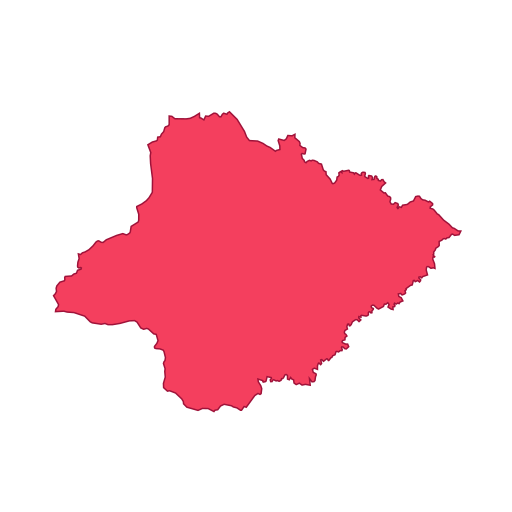 Faratsiho, Vakinankaratra, Madagascar, rotated 172°
{"feature_id": "10022922B80317071360034", "entity_name": "Faratsiho", "entity_type": "district", "adm_level": 2, "iso_a3": "MDG", "parent_name": "Madagascar", "parent_adm1": "Vakinankaratra", "projection": "mercator", "projection_center": [46.848, -19.419], "detail": "fine", "context": "isolated", "style": "filled", "palette": "rose", "viewbox_px": 512, "rotation_deg": 172, "n_neighbors": 0, "source": "geoboundaries", "source_scale": "gbopen_adm2", "svg_char_len": 6104}
<svg xmlns="http://www.w3.org/2000/svg" viewBox="0 0 512 512"><g transform="rotate(172 256 256)"><path d="M322.5,406.7L323.7,398.1L325.2,396.9L327.5,396.5L328.4,395.8L330.1,392.0L332.7,389.8L334.1,387.4L336.8,387.4L337.5,384.6L338.4,383.9L342.8,383.3L347.6,381.2L345.8,373.1L346.8,370.0L347.5,362.2L347.7,347.1L349.8,333.5L353.8,328.6L356.9,326.0L361.8,323.4L367.2,321.6L367.4,320.4L366.3,313.6L367.2,307.6L368.0,306.0L375.5,302.7L377.2,297.2L377.9,296.3L380.4,295.1L381.6,295.0L384.8,296.7L391.0,295.8L402.0,292.9L405.5,290.7L407.4,291.1L409.6,292.9L410.9,292.9L412.5,292.1L415.9,288.8L420.5,285.5L424.7,283.8L427.5,283.3L429.5,281.9L431.6,282.8L431.5,278.1L433.2,274.7L434.1,271.0L434.1,269.8L433.1,268.8L431.2,269.0L430.6,268.5L431.1,267.3L434.7,266.7L436.2,263.9L438.9,263.5L441.4,261.9L447.8,262.3L448.4,261.4L448.6,259.1L449.3,258.1L453.8,257.4L457.4,254.1L458.4,251.9L458.5,248.6L460.0,246.5L462.0,244.9L458.3,235.5L458.9,233.5L461.6,231.1L462.3,228.8L454.0,228.1L450.9,226.8L444.1,225.3L434.0,220.3L429.3,213.9L427.5,212.6L418.8,210.0L414.9,210.2L412.1,208.6L407.8,208.0L399.9,208.2L390.4,209.4L385.2,208.9L383.0,207.1L380.1,200.8L377.5,199.1L374.3,199.5L372.7,198.7L368.1,193.1L365.7,192.3L364.8,185.8L366.4,183.2L368.8,180.9L369.3,180.1L369.1,178.9L367.8,178.2L364.1,177.4L361.0,175.7L360.4,174.2L359.8,168.0L360.7,165.1L361.8,164.1L362.6,162.5L361.7,157.0L362.4,154.4L362.7,148.7L365.4,142.7L365.8,138.5L362.5,134.5L360.3,134.6L354.7,131.5L349.4,124.8L348.2,122.0L348.3,119.7L345.5,115.9L334.9,111.2L330.3,112.5L324.6,111.6L319.3,107.8L318.1,109.0L315.3,109.1L312.0,112.4L308.2,113.6L301.1,111.1L299.5,109.7L296.1,108.3L292.8,105.4L291.8,105.3L288.7,108.6L286.7,107.6L276.6,118.0L273.2,119.6L271.3,118.4L270.1,119.0L268.8,123.8L269.3,126.8L271.2,131.1L271.2,133.9L266.6,131.6L266.7,130.5L266.1,130.1L264.1,130.3L263.5,130.7L261.8,135.0L257.8,133.5L257.7,132.7L259.2,131.3L258.9,129.5L257.6,129.4L256.4,130.9L255.7,131.0L253.5,129.5L252.3,129.7L250.5,128.7L248.5,129.4L247.7,131.0L246.9,130.8L245.8,131.5L243.9,134.2L242.7,134.5L241.5,133.4L241.9,129.7L240.2,128.8L238.6,130.9L237.7,129.2L236.0,128.1L236.0,124.9L234.1,123.1L230.7,124.0L228.4,121.8L224.9,122.0L220.3,120.5L220.1,127.2L218.1,123.6L216.1,123.5L214.9,124.5L213.9,128.1L212.9,129.9L213.0,131.0L215.5,132.8L215.9,135.9L213.9,136.8L210.9,135.2L210.4,138.8L209.2,141.0L208.6,141.3L207.1,139.4L206.0,140.4L206.4,144.1L205.3,144.3L203.8,142.3L200.3,144.4L199.6,144.1L198.9,142.4L198.4,142.4L195.9,144.9L195.0,145.0L193.9,146.6L191.5,147.2L190.1,150.1L189.2,150.3L187.6,149.5L185.7,150.6L184.1,150.3L183.6,151.1L184.1,153.5L183.7,154.1L182.5,153.8L180.9,151.8L179.5,151.4L176.8,153.3L177.5,156.0L179.5,156.3L182.5,158.2L182.8,159.1L182.0,160.2L179.6,160.6L179.1,163.0L177.1,164.1L177.9,165.9L179.0,166.9L179.1,168.3L178.3,169.9L175.6,171.0L175.9,173.3L174.8,175.7L173.7,175.8L173.3,173.9L172.8,173.7L171.3,174.8L169.7,177.4L166.2,179.1L164.7,178.8L163.1,176.7L161.1,178.1L162.9,180.4L162.6,181.7L160.6,180.8L160.4,182.4L159.8,182.6L155.3,181.2L153.5,181.6L152.9,182.2L152.6,184.3L152.0,184.9L151.1,185.0L150.1,183.6L149.1,183.7L148.9,185.4L147.3,186.8L147.1,187.7L148.5,188.5L149.0,189.7L148.7,190.5L147.6,191.1L146.1,190.8L143.4,187.4L142.0,186.4L136.8,188.3L135.6,190.5L134.0,190.2L132.0,191.4L131.0,189.5L132.4,187.1L129.6,184.6L127.7,183.9L127.6,186.5L125.8,186.6L125.3,187.4L126.0,189.0L125.4,190.0L123.9,188.9L122.0,189.7L121.0,188.9L119.8,190.3L116.8,191.1L118.0,194.5L120.2,196.1L120.3,198.7L117.9,198.8L117.2,197.4L116.5,197.1L114.0,197.8L113.0,198.6L113.3,200.9L111.9,201.7L112.0,202.8L107.1,205.4L105.3,205.6L103.6,209.8L102.6,209.8L101.9,208.4L99.3,209.2L97.7,207.5L96.5,208.6L96.3,209.7L97.8,211.5L97.7,212.4L96.3,212.6L94.9,211.3L93.8,212.4L88.8,213.4L89.4,218.5L88.7,221.0L88.0,221.7L86.7,221.5L84.5,219.5L81.9,219.6L80.5,218.8L80.3,223.4L81.4,228.3L80.9,230.3L79.4,230.1L79.1,230.6L80.3,231.8L80.4,232.7L79.7,233.1L79.5,235.2L77.5,237.2L77.0,238.6L73.9,240.1L73.1,241.0L72.6,244.9L69.8,245.8L68.1,247.0L67.2,247.1L65.7,246.4L64.3,247.4L62.3,247.4L59.4,250.2L58.2,250.3L56.5,248.8L52.0,248.8L49.7,252.2L52.4,252.7L55.9,255.8L57.6,256.6L60.5,260.7L65.3,265.5L69.4,271.6L70.6,272.3L73.2,276.7L74.3,277.9L76.9,279.1L76.5,280.5L74.0,282.0L73.8,283.2L74.4,284.0L76.4,286.1L77.7,285.5L80.8,287.7L83.1,288.4L84.6,289.8L85.8,292.4L87.3,292.8L89.6,292.6L92.4,288.6L95.8,288.0L99.0,286.0L103.8,285.9L105.3,283.9L106.9,284.7L107.9,284.6L108.6,283.3L109.1,283.3L109.5,284.6L107.9,286.6L108.3,288.2L110.8,289.5L112.7,288.1L114.9,288.7L115.8,291.1L114.7,293.6L114.6,295.0L115.4,296.2L117.2,297.0L119.1,300.6L120.5,300.6L123.7,304.1L121.8,307.4L117.5,310.3L118.8,311.7L119.7,314.0L121.0,314.1L122.3,312.9L124.3,313.8L124.2,314.9L125.5,316.1L125.3,317.6L126.2,318.6L127.2,318.3L128.5,315.4L130.5,315.5L129.7,317.5L130.4,319.1L133.0,320.0L133.5,319.6L133.7,317.4L134.4,317.2L136.9,319.2L137.2,320.0L136.2,322.4L136.4,323.5L137.2,323.8L138.5,324.1L139.8,323.6L140.3,323.0L140.3,321.4L140.9,321.3L142.0,321.5L145.4,324.4L146.1,324.5L147.2,323.4L147.8,324.8L151.6,326.1L151.7,327.6L152.2,328.0L157.4,327.7L158.6,328.5L159.3,328.2L159.4,326.6L160.6,327.8L162.4,326.8L162.4,324.5L163.4,323.3L164.7,322.9L165.5,319.9L168.0,317.3L169.7,316.9L170.4,317.3L171.9,321.9L175.2,326.7L175.0,329.8L176.4,330.5L177.4,332.0L178.4,337.9L181.1,339.0L182.2,340.7L185.3,342.6L187.0,343.0L188.2,342.5L189.7,343.3L192.2,342.5L193.5,341.4L194.9,342.6L195.0,344.0L196.6,346.2L196.9,350.5L196.1,351.1L194.1,350.3L193.2,350.4L191.6,354.9L192.4,356.2L194.6,356.8L197.2,359.4L196.7,361.4L197.2,363.3L201.1,367.7L200.5,371.1L203.6,370.0L207.7,370.9L209.7,367.8L212.0,366.5L217.2,368.7L218.0,367.2L217.1,361.7L217.5,358.1L221.1,357.7L222.2,357.0L226.9,361.5L230.1,363.5L233.4,366.5L238.4,369.6L246.4,371.2L248.7,375.0L250.1,381.0L255.7,393.9L262.2,402.5L264.3,401.5L265.1,400.4L268.1,401.9L269.6,401.0L271.4,398.7L272.8,399.0L274.7,401.9L276.1,402.9L277.8,403.3L283.5,400.9L286.4,401.6L288.7,398.0L291.3,400.3L292.6,400.8L292.2,405.2L297.6,402.8L302.0,401.5L306.0,401.5L317.2,403.2L319.9,406.0L322.5,406.7Z" fill="#f43f5e" stroke="#9f1239" stroke-width="1.5"/></g></svg>